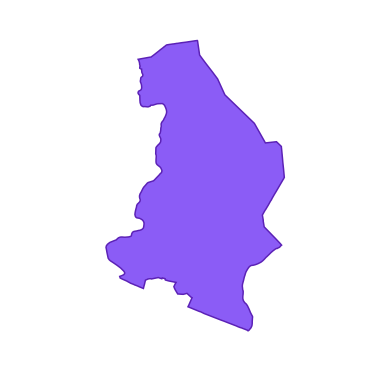 the district of Brunavas pag., Bauska, Latvia, rotated 255°
{"feature_id": "27541924B75400178826619", "entity_name": "Brunavas pag.", "entity_type": "district", "adm_level": 2, "iso_a3": "LVA", "parent_name": "Latvia", "parent_adm1": "Bauska", "projection": "mercator", "projection_center": [24.423, 56.313], "detail": "fine", "context": "isolated", "style": "filled", "palette": "violet", "viewbox_px": 384, "rotation_deg": 255, "n_neighbors": 0, "source": "geoboundaries", "source_scale": "gbopen_adm2", "svg_char_len": 5850}
<svg xmlns="http://www.w3.org/2000/svg" viewBox="0 0 384 384"><g transform="rotate(255 192 192)"><path d="M43.4,210.2L43.7,211.2L44.3,212.1L44.8,212.6L45.0,213.2L46.2,214.4L46.7,214.8L47.4,215.3L48.1,215.6L48.8,215.9L49.6,216.2L51.1,216.6L52.6,217.1L54.1,217.6L54.9,217.9L55.6,218.2L56.4,218.2L57.2,218.0L58.0,217.8L59.5,217.5L60.3,217.3L64.2,216.8L65.8,216.5L67.4,216.2L67.8,216.1L68.1,216.0L69.6,215.5L71.3,214.4L71.6,214.2L72.0,214.1L72.8,213.8L73.1,213.7L73.5,213.6L74.3,213.5L74.7,213.5L75.5,213.5L75.9,213.5L76.3,213.6L77.1,213.8L77.8,214.0L78.9,214.4L80.1,214.9L82.3,215.6L82.7,215.7L83.1,215.7L83.5,215.8L83.8,215.7L84.2,215.7L84.6,215.7L87.0,216.1L87.8,216.2L88.2,216.3L89.3,216.7L90.4,217.2L90.7,217.4L92.1,218.2L93.1,218.8L95.9,220.3L96.6,220.7L97.9,221.6L99.3,222.4L100.6,223.3L101.2,223.8L101.5,224.1L102.9,225.5L104.0,226.7L104.2,227.0L104.5,227.3L104.7,227.6L104.9,228.0L105.4,229.0L105.6,229.4L105.6,229.8L105.7,230.2L105.6,231.0L105.5,231.8L105.4,232.6L105.4,233.3L105.4,234.1L105.5,235.7L105.6,236.5L105.7,237.3L105.9,238.1L106.0,238.9L106.2,239.6L106.4,240.4L106.5,240.8L107.0,241.9L107.3,242.6L107.7,243.3L107.9,243.7L108.5,244.7L109.8,246.7L110.1,247.4L110.6,248.3L111.0,249.0L111.6,250.1L112.0,250.8L113.2,252.9L113.5,253.6L113.9,254.3L114.8,256.5L115.4,258.0L115.5,258.4L115.6,258.8L115.5,259.2L115.4,259.6L115.5,260.0L115.6,260.4L115.8,261.2L115.9,262.0L116.0,262.3L116.2,262.6L116.6,263.2L116.8,263.6L117.1,263.9L117.5,264.8L118.4,264.3L118.8,264.2L125.3,260.7L139.6,252.7L145.8,253.3L146.1,253.5L151.4,254.0L151.6,254.1L155.4,257.8L156.2,258.8L157.0,259.6L159.8,262.5L162.4,265.0L162.9,265.5L164.0,266.8L164.3,267.0L165.2,267.8L168.4,271.0L170.8,273.5L179.6,282.4L180.9,283.7L180.9,283.8L182.1,284.8L182.3,285.0L182.5,285.0L183.7,285.2L191.3,286.5L193.3,286.8L197.1,287.4L201.0,288.1L211.1,289.8L211.3,289.8L212.9,290.1L218.7,286.6L220.4,275.6L229.0,273.4L242.2,270.0L277.3,248.9L294.6,246.0L302.9,242.7L312.7,238.6L318.2,236.4L322.3,234.8L323.2,234.9L335.1,236.3L336.6,236.5L336.9,236.4L337.0,236.3L337.0,236.1L337.3,233.7L337.8,229.3L338.3,224.8L338.9,220.6L339.0,219.7L339.2,217.7L339.3,216.7L339.5,215.7L339.8,212.5L339.9,212.1L340.0,211.4L340.2,209.5L340.3,208.9L340.6,206.1L340.6,205.9L340.6,205.6L340.6,205.4L340.5,205.1L339.3,202.4L339.3,202.1L339.1,201.9L338.5,200.5L337.5,198.0L336.6,196.1L336.1,194.9L334.8,191.9L333.8,189.5L333.6,188.9L333.1,187.8L333.0,187.6L333.0,187.3L333.3,184.3L333.4,182.8L333.8,178.3L334.1,174.3L332.3,174.7L330.2,174.7L328.5,174.4L327.0,174.5L326.9,174.3L326.6,174.1L326.0,173.8L325.6,173.7L325.0,173.6L324.8,173.8L324.4,174.2L324.2,174.4L324.0,174.6L323.8,174.7L323.7,175.1L322.5,174.8L320.3,174.5L318.3,174.9L317.8,174.8L317.0,174.5L316.5,174.0L315.9,172.5L315.5,172.1L314.9,171.8L314.0,171.5L312.8,170.9L312.0,170.7L311.3,170.7L310.0,170.9L308.8,170.9L307.7,170.8L305.8,170.4L304.9,170.0L304.2,169.5L303.6,168.6L303.3,166.9L303.1,166.4L302.2,165.7L301.5,165.5L300.7,165.6L300.0,165.9L299.4,166.2L299.0,166.5L298.5,166.5L293.9,165.4L291.6,165.0L290.4,165.1L289.4,165.1L288.2,165.7L287.1,166.8L286.7,168.6L285.6,171.5L285.7,173.7L286.5,174.6L286.0,176.9L286.2,180.5L286.1,181.9L285.7,183.6L285.1,186.2L284.3,187.0L283.1,187.8L281.8,188.1L279.7,188.4L278.3,188.5L277.1,188.4L275.8,188.2L274.1,187.4L272.6,186.3L271.1,185.1L270.3,184.2L269.5,183.6L268.5,182.7L267.8,181.6L267.0,180.7L266.1,180.0L265.4,179.7L263.4,179.3L261.7,178.4L260.7,178.1L259.3,177.6L257.5,176.7L256.7,176.1L256.6,175.8L256.5,175.6L256.0,175.3L255.4,175.1L254.0,175.2L252.1,175.6L250.7,175.5L249.1,174.9L248.5,174.6L247.8,173.9L246.8,172.6L246.7,172.2L246.5,171.9L246.1,171.2L245.7,170.6L244.8,169.3L244.4,168.9L244.2,168.7L243.4,168.4L238.2,166.8L236.9,166.9L235.4,166.6L232.8,165.7L230.3,165.0L228.9,164.9L227.6,165.3L226.0,166.4L224.8,167.4L223.3,168.1L221.6,168.4L220.4,168.5L219.1,167.9L218.4,167.1L217.9,166.0L217.2,165.1L216.2,163.5L215.0,161.5L213.7,159.4L212.8,157.8L212.7,156.3L212.6,154.0L212.5,152.1L212.2,151.2L211.8,150.6L211.1,149.6L209.2,146.7L208.1,145.5L206.4,144.0L205.5,143.2L204.9,142.7L203.8,141.5L202.1,140.4L200.8,140.0L199.5,139.9L197.7,140.0L196.6,139.4L195.9,138.7L195.1,137.4L194.4,136.1L193.3,135.1L191.7,134.4L190.4,133.6L188.4,132.5L186.5,131.6L184.9,131.0L183.0,131.0L182.2,131.3L181.5,131.8L181.0,132.7L180.6,133.6L180.2,134.5L179.2,135.6L177.8,136.9L176.6,137.4L175.0,137.7L173.5,137.4L171.5,136.6L169.9,135.8L169.4,135.1L169.0,134.5L168.7,133.3L168.5,131.9L168.7,130.4L168.7,128.2L168.9,126.5L168.9,125.2L168.4,124.0L167.0,122.8L165.7,122.3L165.1,121.6L165.0,120.8L165.0,119.2L165.7,115.4L166.3,113.7L166.7,112.6L167.0,111.0L166.8,109.2L166.2,107.8L165.4,106.6L165.2,104.8L164.9,102.4L164.6,99.8L164.0,98.2L163.3,96.7L162.1,95.3L160.7,94.6L159.0,94.5L155.4,94.2L151.7,94.0L149.7,93.9L147.8,94.6L146.5,95.5L144.5,97.3L140.9,100.4L137.2,103.3L133.3,105.6L131.8,106.1L130.6,105.8L129.8,104.7L129.4,102.7L129.2,100.3L128.8,100.3L128.6,100.4L128.3,100.4L128.1,100.4L127.9,100.4L127.7,100.3L127.4,100.5L126.2,101.8L122.9,105.9L121.4,107.4L120.7,108.2L119.9,108.9L117.8,111.8L117.1,112.5L116.6,113.3L115.3,115.1L114.1,116.5L111.4,120.1L112.7,120.8L113.8,121.4L115.1,122.2L118.9,124.2L119.1,125.6L119.3,126.6L119.3,128.1L118.9,129.8L118.5,130.3L118.2,135.6L118.1,136.6L118.2,137.1L116.0,140.4L116.7,141.0L116.5,141.3L115.4,143.4L115.3,143.5L115.2,143.6L114.3,143.4L114.2,143.4L113.9,143.5L112.1,146.5L108.8,153.2L107.4,151.8L105.3,150.0L104.0,150.1L101.8,150.5L101.1,150.7L98.3,151.5L97.2,151.8L95.4,157.1L95.4,158.1L95.4,160.9L90.5,164.0L89.9,164.7L84.4,160.3L84.1,160.1L82.2,158.4L77.3,164.8L74.5,168.5L74.4,168.9L72.6,171.0L71.6,172.1L68.9,175.8L66.4,179.2L62.3,184.8L62.0,185.2L60.6,187.1L59.3,189.0L56.5,192.8L53.3,197.2L52.4,198.4L51.2,200.1L50.1,201.4L48.7,203.3L47.9,204.7L47.1,205.7L45.9,207.4L44.0,209.9L43.4,210.2Z" fill="#8b5cf6" stroke="#5b21b6" stroke-width="1.5"/></g></svg>